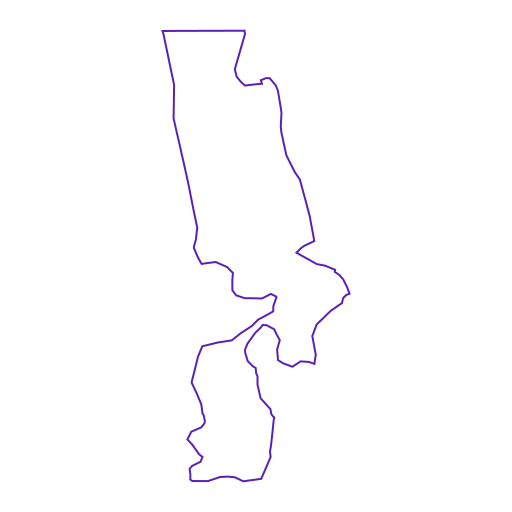 outline of Jahran, Dhamar, Yemen
{"feature_id": "15242507B45956932951214", "entity_name": "Jahran", "entity_type": "district", "adm_level": 2, "iso_a3": "YEM", "parent_name": "Yemen", "parent_adm1": "Dhamar", "projection": "albers", "projection_center": [44.298, 14.733], "detail": "fine", "context": "isolated", "style": "outline", "palette": "violet", "viewbox_px": 512, "rotation_deg": 0, "n_neighbors": 0, "source": "geoboundaries", "source_scale": "gbopen_adm2", "svg_char_len": 3185}
<svg xmlns="http://www.w3.org/2000/svg" viewBox="0 0 512 512"><path d="M244.5,30.7L214.4,30.8L213.1,30.8L203.3,30.8L190.2,30.9L189.3,30.9L176.1,30.9L162.5,31.0L162.8,31.9L163.6,34.8L163.9,35.9L165.0,41.4L166.7,49.5L168.2,56.5L168.8,59.8L170.2,66.3L170.4,67.4L172.1,75.4L174.1,84.9L174.1,86.8L174.0,90.5L173.9,99.3L173.9,100.2L173.6,116.3L173.6,118.4L173.8,119.4L174.2,121.1L175.5,126.7L175.5,127.1L175.8,128.2L179.5,144.2L180.1,146.7L181.6,153.7L183.5,161.9L184.2,165.0L184.7,167.3L185.8,172.2L187.3,179.1L187.9,181.6L188.2,183.1L189.2,188.2L189.7,190.6L191.0,197.2L194.2,213.2L194.6,215.0L194.9,216.5L195.2,217.8L197.3,227.9L197.1,228.9L195.9,239.6L194.0,246.2L193.9,248.1L197.7,256.9L198.5,258.4L199.5,260.2L201.6,263.9L206.4,263.2L215.6,262.0L227.2,267.1L232.3,272.3L232.9,272.9L232.8,274.3L232.3,280.6L232.4,290.2L232.4,290.3L233.0,291.1L236.2,295.4L237.6,295.8L242.3,297.4L242.5,297.5L243.9,297.9L244.9,298.2L250.9,298.2L261.8,298.5L262.7,298.1L262.8,298.1L270.7,294.0L271.0,293.9L273.6,295.3L274.5,295.7L276.2,296.6L276.5,297.2L273.4,305.9L273.2,311.4L267.5,314.6L258.0,319.7L252.0,325.9L240.9,333.1L231.7,340.4L217.8,342.5L202.3,346.3L200.2,351.4L198.0,356.7L195.9,365.2L194.4,371.3L192.5,378.6L191.6,382.5L192.1,383.6L192.7,384.9L195.9,391.6L196.1,392.0L197.1,394.3L201.3,404.4L202.0,409.6L202.4,413.2L203.8,415.6L204.2,418.0L204.8,420.6L204.8,422.4L203.5,424.6L201.2,427.4L195.7,429.8L191.3,431.7L189.5,435.3L187.5,439.2L187.4,439.5L192.3,444.7L192.7,445.1L192.7,445.3L199.3,454.5L202.5,456.9L200.6,461.7L192.1,465.9L189.6,468.9L190.4,474.5L190.3,479.4L192.2,481.0L207.8,481.1L208.0,481.1L212.3,479.6L217.5,477.9L220.0,477.0L228.0,476.6L228.7,476.7L234.5,477.2L237.6,478.6L241.2,480.3L243.4,481.3L244.2,481.2L245.4,481.0L247.5,480.7L256.4,479.5L261.3,478.8L261.8,477.4L265.1,469.9L270.1,458.2L270.6,456.8L270.5,455.9L270.0,451.4L270.8,447.0L272.0,436.8L273.5,421.9L274.2,417.4L272.9,416.3L271.3,414.0L270.4,409.1L260.6,398.3L257.5,384.6L257.5,383.6L257.5,376.2L256.3,373.7L255.9,370.5L255.7,368.0L252.6,366.1L247.7,361.0L245.2,352.7L245.0,349.9L247.3,343.9L255.3,332.7L260.5,327.8L262.7,325.0L266.6,325.2L274.2,329.3L276.5,334.2L279.8,340.2L277.1,349.5L278.0,360.1L283.1,363.3L292.4,366.7L300.6,361.4L304.5,361.6L309.2,362.0L314.4,363.9L315.0,359.5L315.8,354.8L312.3,336.1L316.7,324.4L323.4,318.0L329.1,312.4L331.2,310.5L339.6,304.7L342.0,303.1L342.5,300.8L343.2,298.0L346.2,295.0L349.5,293.8L349.4,293.5L349.4,293.4L347.1,287.1L344.5,282.0L343.3,279.5L339.5,275.1L334.8,271.9L335.1,269.8L325.2,265.7L316.8,264.1L300.9,255.2L296.5,252.7L301.3,247.9L304.3,245.8L313.7,241.3L314.3,241.0L313.7,237.8L311.6,226.3L311.3,224.9L309.6,215.6L309.5,215.4L305.3,199.5L303.6,193.5L303.1,191.3L302.3,188.6L300.9,183.2L300.3,181.2L300.1,180.4L299.9,179.5L299.6,179.1L295.4,173.0L295.3,172.8L294.7,171.9L286.4,155.4L285.3,150.3L284.8,148.2L284.0,144.3L283.8,143.7L282.9,139.2L281.4,132.6L281.3,132.1L280.8,126.4L280.8,125.7L281.3,115.8L281.5,113.0L280.7,107.3L277.9,90.7L277.2,88.8L275.7,85.3L269.6,78.1L266.0,78.1L260.9,80.2L261.9,83.8L259.8,83.9L258.4,84.0L248.4,85.1L245.1,85.6L240.9,81.9L236.7,76.7L234.8,69.3L245.0,34.0L244.5,30.7Z" fill="none" stroke="#5b21b6" stroke-width="2"/></svg>